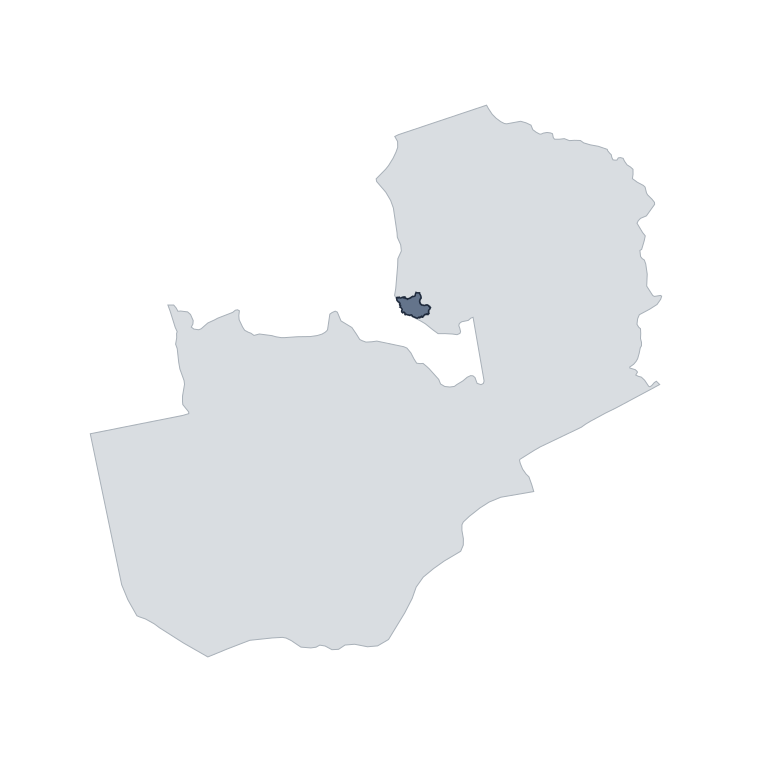 Chembe, Luapula, Zambia shown in context, rotated 350°
{"feature_id": "96606910B10415646720486", "entity_name": "Chembe", "entity_type": "district", "adm_level": 2, "iso_a3": "ZMB", "parent_name": "Zambia", "parent_adm1": "Luapula", "projection": "orthographic", "projection_center": [28.787, -11.746], "detail": "fine", "context": "in_parent", "style": "filled", "palette": "slate", "viewbox_px": 768, "rotation_deg": 350, "n_neighbors": 0, "source": "geoboundaries", "source_scale": "gbopen_adm2", "svg_char_len": 8138}
<svg xmlns="http://www.w3.org/2000/svg" viewBox="0 0 768 768"><g transform="rotate(350 384 384)"><path d="M512.8,515.9L479.2,515.8L467.1,518.5L457.0,522.7L445.1,529.1L438.2,533.6L436.3,536.2L435.3,541.7L435.3,550.2L434.1,556.4L430.5,562.0L412.5,568.8L400.7,574.4L389.1,581.0L380.4,589.6L374.5,600.1L364.6,613.1L344.1,636.4L332.2,640.8L322.1,639.9L309.9,635.2L300.3,634.3L293.2,637.4L286.6,636.6L280.5,631.8L275.4,630.0L271.3,631.4L266.1,631.2L256.5,628.7L248.0,620.5L243.5,617.2L240.0,615.9L230.1,614.7L207.3,613.1L183.8,617.7L163.1,622.2L141.5,604.2L120.6,585.1L116.1,580.3L108.2,573.9L102.6,570.8L100.4,569.3L94.3,552.0L90.8,536.1L86.1,382.0L180.5,380.0L186.6,379.3L186.8,377.6L182.3,369.4L182.5,366.5L183.5,360.9L187.5,349.7L187.7,345.9L185.6,333.8L185.6,327.0L186.5,313.3L185.7,308.6L187.9,302.4L188.5,298.3L189.4,296.5L188.2,291.9L186.1,275.5L184.9,268.7L190.6,269.7L192.5,273.0L193.7,276.6L196.3,276.8L203.1,278.9L205.5,281.9L207.1,288.4L206.2,291.8L204.1,294.5L206.3,296.9L210.9,298.4L213.5,297.9L221.1,293.3L228.1,291.5L231.7,290.3L247.4,287.2L250.5,285.5L252.7,285.5L254.3,286.8L252.9,291.4L252.5,295.6L254.6,303.3L256.1,306.9L259.4,309.5L261.8,310.9L264.4,313.6L269.9,313.1L282.0,316.9L285.7,318.7L290.8,320.5L294.4,321.1L306.8,322.4L319.9,324.5L326.7,324.7L331.6,324.1L334.9,322.9L337.0,321.6L337.9,320.6L342.8,305.8L345.3,304.6L348.6,303.8L350.5,305.1L352.6,314.4L362.2,322.8L365.4,329.9L367.8,335.9L369.9,337.5L373.5,339.6L379.3,340.3L384.4,340.5L409.9,350.7L412.8,352.6L415.9,358.1L417.8,364.3L419.8,369.2L423.1,370.2L426.0,370.5L428.9,373.9L431.1,376.8L438.7,389.0L439.7,393.8L443.4,397.0L448.3,398.4L452.9,398.6L455.6,397.2L462.1,394.7L467.1,391.8L470.8,390.8L473.0,391.4L474.7,393.4L475.8,399.5L479.4,401.5L482.0,400.7L483.1,398.4L483.1,397.2L483.3,333.8L481.0,334.2L478.0,336.0L471.3,336.2L468.7,337.5L467.8,339.5L468.3,342.2L468.5,345.8L467.5,347.4L464.5,348.1L460.2,346.7L452.5,344.9L446.0,343.8L441.4,339.0L435.1,331.8L430.9,328.2L421.0,320.7L419.3,319.2L416.3,315.7L413.7,309.8L411.2,302.9L409.8,298.6L412.2,291.8L418.0,269.8L419.4,263.0L424.2,256.0L424.6,249.8L422.6,241.8L423.1,237.4L423.8,212.3L422.4,204.3L419.1,195.5L411.9,183.3L411.9,180.6L423.0,172.7L426.4,169.7L432.2,163.2L436.1,157.7L438.6,153.3L439.5,147.5L437.6,142.1L441.4,141.0L533.4,127.2L534.7,131.0L537.4,137.2L540.6,141.8L544.5,145.9L547.8,148.4L550.0,149.1L564.2,149.0L569.3,151.5L573.7,154.6L574.7,159.4L577.6,162.5L580.7,164.9L582.1,165.2L584.4,164.6L588.2,164.6L591.7,165.7L593.4,166.8L593.5,170.8L594.5,172.6L599.3,173.4L604.2,173.7L608.8,176.5L613.9,177.1L619.7,178.3L622.5,181.2L628.7,184.3L636.3,187.1L644.6,191.7L644.8,193.1L646.2,195.7L647.6,197.7L647.7,200.4L648.4,203.0L650.5,203.7L652.3,203.9L654.0,202.0L656.2,202.1L658.7,203.3L659.5,206.3L661.4,210.4L664.4,213.1L666.5,215.8L665.7,220.6L664.3,224.9L668.5,229.3L673.9,233.5L675.3,235.4L675.7,241.5L676.5,243.6L680.1,248.7L681.9,252.1L681.7,254.1L671.6,264.0L665.4,265.4L662.7,267.4L661.1,269.6L664.9,279.6L667.0,283.5L665.1,288.2L661.1,296.2L659.2,296.9L658.8,303.0L660.0,305.3L661.9,307.1L662.6,311.2L662.3,321.5L659.7,333.2L664.0,343.5L665.5,344.7L671.6,344.8L672.7,345.7L671.2,348.6L666.7,353.1L658.8,356.4L647.5,360.1L645.1,363.8L643.5,369.1L644.7,372.3L646.2,374.1L645.6,378.8L644.5,383.8L644.8,387.7L644.2,391.1L642.7,392.8L640.7,397.9L638.2,403.1L636.2,405.5L633.3,407.9L628.9,410.0L628.9,411.0L633.9,413.5L635.2,415.2L635.7,416.3L633.5,418.9L635.8,420.6L638.6,421.9L641.3,425.5L644.2,432.1L644.8,432.7L645.6,432.8L647.3,432.1L650.5,429.5L652.7,428.6L655.4,432.4L608.2,447.9L597.1,451.1L580.6,456.6L575.2,458.7L570.9,460.8L527.1,473.0L520.2,475.5L504.7,481.8L504.2,482.9L504.4,485.8L505.7,491.9L508.3,497.4L510.6,500.6L512.0,508.8L512.8,515.9Z" fill="#d9dde1" stroke="#a8b0b8" stroke-width="1"/><path d="M434.9,300.4L434.7,300.3L434.4,300.3L434.0,300.2L433.9,300.2L433.5,300.2L433.0,300.0L432.4,300.0L431.8,299.8L431.5,299.4L430.5,300.9L430.0,302.5L429.9,302.5L429.6,302.6L429.3,302.8L428.7,303.0L428.4,302.9L428.1,303.0L427.9,302.9L427.7,302.7L427.4,302.6L427.2,302.8L427.0,303.0L426.9,303.0L426.5,303.1L426.3,303.0L425.9,303.2L425.6,303.4L425.5,303.6L425.4,303.8L425.1,303.9L424.8,303.9L424.7,303.8L424.3,304.0L424.2,303.9L423.9,304.0L423.7,304.1L423.4,304.1L423.2,304.1L422.9,304.2L422.8,304.3L422.4,304.3L421.7,304.6L421.6,304.0L421.4,303.8L421.0,303.7L420.9,303.6L420.7,303.6L420.4,303.6L420.2,303.3L419.9,303.3L419.6,303.3L419.6,303.0L419.7,302.8L419.5,302.7L419.6,302.4L419.8,302.2L419.8,301.9L419.5,301.8L419.4,301.9L419.2,301.9L419.1,302.0L418.9,301.9L418.6,301.9L418.5,302.0L418.4,302.1L418.0,302.1L418.0,301.9L417.8,302.0L417.6,301.9L417.6,302.0L417.5,301.9L417.2,302.0L416.9,301.8L416.7,301.9L416.6,302.1L416.4,302.1L416.2,302.0L415.9,302.1L415.6,302.2L415.3,302.2L415.2,302.2L414.8,302.0L414.6,301.9L414.3,301.8L414.2,301.6L414.1,301.4L414.0,301.2L413.9,301.2L413.7,301.1L413.4,301.3L413.5,301.3L413.4,301.4L413.2,301.4L412.9,301.4L412.8,301.5L412.6,301.4L412.6,301.5L412.4,301.4L412.2,301.3L412.0,301.0L411.9,301.1L411.5,301.1L411.4,301.4L411.3,301.8L411.3,302.4L411.3,303.0L411.3,303.3L411.3,303.9L411.4,304.2L412.0,304.9L412.3,305.6L412.5,305.8L412.8,305.9L413.1,306.0L413.3,306.4L413.6,307.0L413.8,307.3L413.7,307.8L413.3,308.2L413.2,308.4L413.1,308.8L413.2,309.1L413.9,309.4L413.9,309.5L414.0,309.8L413.9,310.2L413.7,310.4L413.1,310.9L413.0,311.0L413.4,311.3L413.6,311.4L414.4,312.5L414.5,312.7L414.9,313.8L414.8,314.0L414.7,314.1L414.4,314.5L414.2,314.6L414.1,315.2L414.0,315.5L413.9,315.8L413.9,316.1L414.1,316.3L414.4,316.5L414.7,317.2L415.0,317.2L415.4,316.8L415.4,316.7L415.6,316.6L415.9,316.6L416.2,316.7L416.3,316.9L416.4,317.2L416.8,317.4L416.9,317.6L416.9,317.8L416.8,318.1L416.8,318.9L416.7,319.2L416.9,319.5L417.0,319.5L417.4,319.3L417.5,319.3L417.8,319.1L418.4,319.5L418.9,319.9L419.6,320.1L419.8,320.3L420.4,320.3L420.7,320.6L421.0,320.9L421.6,320.8L421.9,320.6L422.3,320.7L422.8,320.6L423.1,320.7L423.4,321.3L423.6,321.3L423.7,321.5L423.7,322.0L424.0,322.5L424.9,323.0L425.3,323.2L425.5,323.3L425.6,323.5L426.6,324.0L427.0,324.4L427.1,324.5L427.4,324.7L428.3,325.0L428.6,325.0L428.9,324.8L429.3,324.7L429.6,324.3L430.2,324.5L430.3,324.6L430.3,324.9L430.4,325.0L430.7,325.1L430.8,325.1L431.2,324.6L431.2,324.4L431.4,324.3L431.4,324.2L431.6,324.2L431.8,324.5L432.1,324.6L432.6,324.4L432.7,324.5L432.9,324.5L433.0,324.4L433.0,324.2L433.1,324.3L433.4,324.9L433.8,324.9L433.9,324.5L434.0,324.3L434.1,324.1L434.4,324.1L434.6,323.9L434.9,323.9L435.0,323.6L435.5,323.3L435.7,323.0L435.9,322.9L436.0,322.7L436.6,322.9L436.8,322.7L437.2,322.6L437.6,322.9L437.8,322.7L437.7,322.5L437.8,322.4L438.0,322.5L438.1,322.4L438.3,322.4L438.5,322.6L438.8,323.0L439.0,323.2L439.4,323.3L439.5,323.2L439.5,322.9L439.6,322.6L439.8,322.7L440.1,322.6L440.1,322.4L440.3,322.5L440.4,322.4L440.2,322.3L440.3,322.1L440.3,321.9L440.3,321.7L440.4,321.3L440.5,321.2L440.7,320.9L440.5,320.6L440.4,320.6L440.4,320.4L440.4,320.2L440.5,320.0L440.6,319.8L440.8,319.5L440.8,319.4L440.7,319.3L440.8,319.1L441.6,318.6L441.8,318.4L441.7,318.4L441.8,318.4L442.0,318.3L442.1,318.1L442.2,317.9L442.3,317.9L442.4,317.7L442.4,317.4L442.5,317.3L442.5,317.2L442.5,316.9L442.4,316.8L442.4,316.6L442.5,316.6L442.4,316.3L442.5,316.3L442.4,316.2L442.6,316.2L442.6,315.7L442.3,315.5L442.3,315.3L442.1,315.2L442.0,314.9L442.0,315.0L441.9,315.0L441.7,314.9L441.6,314.7L441.4,314.5L441.3,314.4L441.1,314.2L440.8,314.1L440.8,313.9L440.4,313.8L440.4,313.7L440.1,313.7L439.9,313.6L439.5,313.4L439.3,313.4L439.2,313.6L438.8,313.5L438.7,313.6L437.8,313.8L437.6,313.7L437.2,313.6L436.9,313.3L436.4,313.4L436.3,313.2L435.9,313.1L435.6,313.0L435.5,312.9L435.3,312.9L435.2,312.9L434.9,312.8L434.9,312.7L434.7,312.6L434.7,312.2L434.3,312.1L434.3,311.9L433.7,311.4L433.6,311.1L433.7,310.9L433.6,310.3L433.7,310.1L433.6,309.9L433.4,309.9L433.4,309.7L433.5,309.4L433.4,309.3L433.4,309.1L433.5,308.9L433.4,308.8L433.4,308.4L433.6,308.2L433.8,308.0L433.8,307.9L434.0,307.7L434.0,307.4L434.2,307.0L434.2,306.8L434.7,306.7L435.2,306.0L435.5,305.9L435.6,305.7L435.5,305.3L435.4,305.0L435.6,304.6L435.5,303.6L435.5,303.3L434.9,301.5L434.7,301.0L434.9,300.4Z" fill="#64748b" stroke="#1e293b" stroke-width="1.5"/></g></svg>